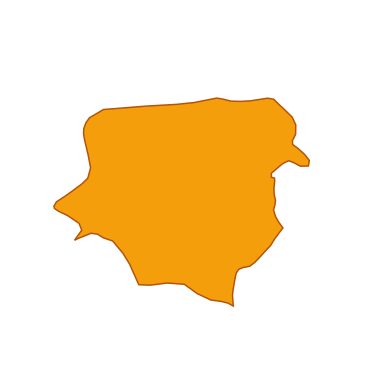 the district of Bau, Sarawak, Malaysia, rotated 237°
{"feature_id": "92858781B57032807608954", "entity_name": "Bau", "entity_type": "district", "adm_level": 2, "iso_a3": "MYS", "parent_name": "Malaysia", "parent_adm1": "Sarawak", "projection": "orthographic", "projection_center": [110.089, 1.382], "detail": "fine", "context": "isolated", "style": "filled", "palette": "amber", "viewbox_px": 384, "rotation_deg": 237, "n_neighbors": 0, "source": "geoboundaries", "source_scale": "gbopen_adm2", "svg_char_len": 1222}
<svg xmlns="http://www.w3.org/2000/svg" viewBox="0 0 384 384"><g transform="rotate(237 192 192)"><path d="M79.3,161.6L73.9,164.5L83.1,169.6L86.1,171.9L91.1,176.4L96.0,181.0L99.8,184.8L101.7,189.0L100.9,193.5L98.3,200.0L98.7,206.1L100.6,214.1L102.5,221.3L104.4,228.9L107.8,236.1L112.4,248.7L120.0,248.3L126.0,248.7L132.5,250.6L135.9,254.4L139.4,257.4L145.4,259.7L150.4,262.7L156.1,267.3L158.8,268.8L161.0,266.6L164.5,268.8L165.6,276.8L166.4,283.7L165.6,290.1L161.4,293.2L154.6,297.0L150.4,303.8L154.6,307.6L162.2,306.9L170.9,304.6L177.0,302.3L180.4,304.2L183.9,310.3L191.8,315.6L200.2,316.8L210.5,314.5L218.1,312.6L225.3,311.1L225.6,310.7L229.5,306.5L236.7,290.5L241.7,281.8L247.0,274.2L253.1,268.5L257.3,263.9L266.0,242.2L274.0,226.6L289.2,200.0L309.4,162.7L310.1,146.4L307.8,140.7L304.0,135.7L299.8,132.7L293.4,130.0L279.7,125.1L267.5,120.1L260.3,112.1L258.8,104.2L258.0,92.0L257.6,82.1L257.6,73.0L255.3,68.4L253.1,67.7L248.5,69.6L239.8,74.9L227.2,80.2L220.0,78.7L218.8,75.6L215.5,67.2L215.0,71.5L212.4,84.8L208.2,89.7L201.7,92.8L194.1,98.8L178.2,100.7L165.6,100.4L143.2,96.9L136.7,106.1L129.1,121.7L118.8,135.3L104.0,141.0L91.1,149.0L84.6,156.6L79.3,161.6Z" fill="#f59e0b" stroke="#b45309" stroke-width="1.5"/></g></svg>